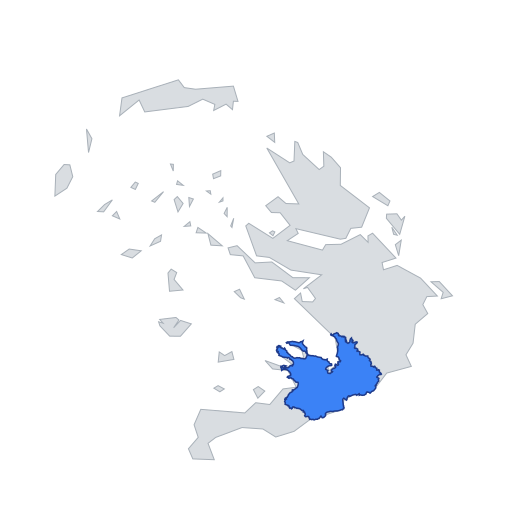 Kentrikis Makedonias, Kentriki Makedonia, Greece (highlighted), rotated 167°
{"feature_id": "26713481B13719921321351", "entity_name": "Kentrikis Makedonias", "entity_type": "district", "adm_level": 2, "iso_a3": "GRC", "parent_name": "Greece", "parent_adm1": "Kentriki Makedonia", "projection": "equal_earth", "projection_center": [23.125, 40.657], "detail": "fine", "context": "in_parent", "style": "filled", "palette": "blue", "viewbox_px": 512, "rotation_deg": 167, "n_neighbors": 0, "source": "geoboundaries", "source_scale": "gbopen_adm2", "svg_char_len": 9748}
<svg xmlns="http://www.w3.org/2000/svg" viewBox="0 0 512 512"><g transform="rotate(167 256 256)"><path d="M342.5,66.9L363.2,72.5L365.2,83.4L353.1,92.3L354.3,105.5L344.3,119.0L302.2,105.6L289.3,113.1L276.0,108.2L259.6,120.4L246.3,119.1L250.7,137.2L265.2,142.2L270.7,152.1L252.6,140.4L244.9,142.0L255.0,153.9L254.2,162.1L242.3,147.9L232.3,145.7L232.6,153.8L242.7,162.5L231.0,160.8L227.5,148.3L210.1,138.2L211.2,127.7L198.9,132.9L197.3,158.2L228.2,205.8L220.9,209.9L221.2,201.2L211.1,198.5L207.6,201.2L209.6,206.1L212.9,213.8L217.2,213.4L196.2,222.9L225.1,234.4L243.3,251.6L255.4,256.0L259.2,287.6L255.7,289.5L235.6,269.4L215.9,278.2L222.7,292.7L231.2,294.9L235.2,302.8L221.2,308.8L215.0,300.4L202.6,297.1L221.2,358.8L202.2,339.2L197.6,340.0L192.4,358.9L189.8,357.2L187.6,344.4L175.0,326.0L169.7,328.2L166.9,342.4L160.4,335.3L153.8,323.0L158.0,305.8L134.6,277.4L146.6,260.3L157.4,261.6L164.5,253.0L170.0,253.4L211.0,273.7L209.8,268.5L222.1,263.9L189.9,246.8L185.5,251.4L170.5,248.3L149.6,253.4L143.7,244.1L142.4,250.4L137.3,252.0L120.1,222.5L134.6,221.3L134.9,213.9L120.6,215.1L100.6,197.4L88.3,176.2L98.7,178.0L104.4,171.1L101.6,161.3L116.2,153.7L122.6,135.7L132.1,126.0L129.5,113.5L155.0,112.5L172.5,98.1L193.3,98.8L203.0,95.6L205.5,87.2L240.9,84.2L258.3,76.6L277.5,75.2L288.2,85.9L308.2,92.0L336.1,88.3L344.9,84.3L342.5,66.9ZM251.0,410.7L264.5,407.3L262.0,413.0L272.6,420.8L288.4,417.0L332.0,421.4L334.8,434.3L357.4,423.3L351.0,440.2L292.0,445.1L288.0,436.2L277.4,432.1L239.8,426.6L238.8,410.7L243.2,411.9L246.0,403.9L251.0,410.7ZM225.3,213.8L236.6,225.9L262.1,235.1L268.5,259.0L280.7,263.1L281.4,270.2L272.1,270.3L258.4,249.5L241.9,246.6L225.0,226.6L208.9,222.8L225.3,213.8ZM358.1,197.3L365.3,209.5L365.7,213.8L361.6,211.4L364.1,215.9L347.8,214.1L345.5,211.0L352.4,204.6L344.0,210.2L334.3,204.4L347.7,194.8L358.1,197.3ZM422.4,388.3L416.9,386.7L416.7,374.5L425.0,364.6L438.5,359.6L432.8,380.5L422.4,388.3ZM345.6,259.2L341.6,262.3L337.0,257.7L341.1,251.6L334.8,239.3L348.2,241.1L345.6,259.2ZM111.1,244.8L120.5,263.4L119.3,267.4L109.2,265.4L106.3,258.2L102.0,261.3L111.1,244.8ZM91.3,191.5L83.2,189.9L73.5,173.0L85.2,172.7L81.8,178.5L91.3,191.5ZM316.7,161.1L313.4,170.8L308.9,166.0L301.0,168.3L300.8,160.2L316.7,161.1ZM377.0,281.9L386.9,287.7L378.0,291.3L366.7,286.9L377.0,281.9ZM288.6,126.4L283.2,128.3L277.8,122.4L286.2,117.0L288.6,126.4ZM116.2,275.3L129.0,287.7L121.5,290.2L113.1,279.5L116.2,275.3ZM323.1,329.4L319.3,331.6L315.2,323.6L322.1,316.5L323.1,329.4ZM297.5,276.7L297.8,288.6L286.6,273.5L297.5,276.7ZM395.9,394.5L392.6,417.9L389.5,407.2L395.9,394.5ZM117.7,235.7L110.9,238.8L116.9,224.2L117.7,235.7ZM218.5,370.2L210.5,371.7L212.2,362.5L218.5,370.2ZM383.3,343.0L394.5,333.3L400.4,335.0L391.9,340.2L383.3,343.0ZM343.3,297.8L345.7,291.8L356.9,289.6L350.8,295.6L343.3,297.8ZM309.7,319.2L308.3,328.1L304.2,325.6L309.7,319.2ZM309.1,292.1L306.2,296.9L299.3,289.5L309.1,292.1ZM285.2,226.2L279.5,227.3L277.1,216.6L280.4,218.8L285.2,226.2ZM326.8,136.7L322.1,138.2L316.8,133.6L321.8,131.8L326.8,136.7ZM280.0,340.9L279.8,345.5L271.1,347.1L272.4,342.0L280.0,340.9ZM345.3,333.1L331.6,339.5L342.5,331.1L345.3,333.1ZM273.9,291.0L269.2,297.8L273.0,289.2L273.9,291.0ZM319.3,301.0L312.7,304.3L312.8,300.0L319.3,301.0ZM362.5,351.0L357.0,355.2L354.4,353.2L358.6,348.0L362.5,351.0ZM386.9,327.5L381.8,330.7L380.4,322.7L386.9,327.5ZM277.5,304.6L273.1,309.9L275.3,300.8L277.5,304.6ZM117.0,246.1L117.2,253.5L113.7,244.5L117.0,246.1ZM317.3,343.6L315.5,346.9L311.0,341.2L317.3,343.6ZM247.3,209.2L242.5,210.3L239.4,204.0L247.3,209.2ZM237.7,275.5L234.2,276.8L232.2,275.2L234.9,271.9L237.7,275.5ZM279.6,316.7L275.1,320.1L275.8,317.1L279.6,316.7ZM317.5,357.4L318.7,364.9L315.9,363.9L317.5,357.4ZM289.7,330.5L285.9,329.9L286.1,326.4L289.7,330.5Z" fill="#d9dde1" stroke="#a8b0b8" stroke-width="1"/><path d="M240.4,84.8L239.4,84.7L238.5,84.0L237.2,84.1L236.3,83.2L234.6,83.5L232.7,83.1L231.9,83.6L231.2,83.4L228.7,85.4L227.9,83.5L227.1,83.4L226.2,83.5L224.1,84.8L223.9,85.5L224.0,86.1L223.7,87.0L221.9,87.9L219.5,87.8L218.8,88.0L215.7,87.1L215.0,87.3L213.3,87.1L211.6,86.7L209.1,86.7L207.3,87.1L206.3,86.7L205.7,87.4L204.8,87.5L204.3,88.5L204.4,89.1L204.7,89.3L204.3,90.3L204.5,90.7L203.9,96.4L203.4,97.1L202.4,97.7L200.4,95.2L199.7,95.6L199.5,96.5L198.5,98.0L197.3,98.9L196.7,98.8L196.2,98.1L192.9,98.8L190.1,98.8L189.6,98.3L189.5,97.8L188.8,98.1L188.4,97.8L187.9,98.1L187.3,97.9L186.6,98.7L186.4,98.7L186.4,97.9L186.1,97.4L186.3,97.1L185.4,97.2L184.0,96.4L181.7,96.1L181.3,96.4L180.0,96.7L178.9,98.4L178.1,98.5L177.4,98.0L176.4,97.7L176.0,96.9L175.6,96.7L173.7,98.0L171.7,98.3L169.2,100.2L168.7,101.5L169.1,102.6L168.9,102.9L168.5,103.1L167.9,103.1L167.9,103.7L166.6,104.7L166.3,105.4L164.5,106.6L164.6,108.3L164.0,108.7L163.8,109.1L164.3,109.4L164.7,110.3L165.5,110.5L165.6,110.9L164.7,111.5L164.4,111.9L162.0,112.9L161.6,113.3L161.4,113.0L161.5,112.5L160.9,112.4L160.4,112.7L160.7,113.7L161.9,115.3L161.7,115.9L161.9,116.5L161.5,117.0L162.2,117.7L163.2,117.4L164.1,117.7L163.5,119.4L164.8,120.3L164.9,121.5L165.1,121.9L165.7,121.9L165.9,121.4L166.3,121.3L167.2,122.3L168.7,122.7L168.6,124.5L167.8,124.9L167.9,125.6L167.7,125.9L168.0,126.6L167.8,127.4L169.0,128.5L169.0,128.9L168.1,129.6L168.3,130.4L169.5,131.6L169.7,132.9L169.6,133.4L172.0,133.9L172.5,134.7L173.1,134.8L173.8,135.6L173.4,135.8L173.6,136.2L175.6,135.9L177.0,136.5L176.8,137.8L176.4,138.5L176.4,139.3L177.2,139.7L177.9,140.6L178.9,140.4L179.0,140.7L178.1,141.5L177.9,142.4L179.3,143.7L180.2,143.6L180.7,144.1L180.7,144.5L180.2,145.1L179.6,147.3L177.3,148.5L176.8,149.3L177.3,149.7L178.7,149.8L180.2,149.4L181.3,149.7L181.8,150.5L180.9,150.9L180.5,151.8L180.6,152.1L181.3,152.0L181.1,153.2L181.6,154.1L181.5,154.6L182.6,154.0L183.5,152.5L183.7,151.5L184.6,150.6L185.1,150.6L186.0,150.2L187.3,151.6L186.9,152.4L187.0,153.1L187.4,152.5L188.0,152.5L187.7,154.8L187.5,155.6L187.1,155.7L187.0,156.4L187.6,156.6L187.6,157.2L188.2,157.5L188.4,158.0L189.2,157.5L189.7,158.3L190.5,158.0L190.9,158.6L191.8,159.2L193.0,159.5L193.3,159.8L192.9,160.4L193.4,160.7L193.3,161.9L193.7,162.5L194.0,162.4L194.7,163.1L195.3,162.8L197.6,162.6L198.7,161.7L199.9,162.2L200.3,163.2L200.9,162.5L200.6,161.8L199.1,161.0L197.4,159.5L197.1,158.2L196.4,157.1L196.3,154.8L195.4,152.3L195.8,150.8L197.2,148.8L197.1,147.7L197.7,145.1L198.8,142.7L200.3,140.3L200.2,140.0L198.8,139.4L198.1,137.8L198.0,135.9L197.1,134.8L197.7,134.0L199.9,134.4L199.9,133.8L200.5,133.2L199.9,132.0L200.3,131.3L201.1,131.1L202.7,132.6L203.0,132.2L202.8,131.6L203.3,132.3L203.5,132.0L203.4,131.4L204.1,131.9L203.4,130.8L203.7,130.5L203.6,129.5L205.0,128.9L205.9,129.1L207.7,128.2L208.4,127.6L208.5,126.6L207.5,126.1L207.9,125.7L208.6,125.8L209.3,125.2L210.3,124.8L210.5,125.2L211.6,125.3L212.4,125.9L212.3,127.6L211.7,128.3L213.6,129.9L213.2,130.9L211.4,132.1L209.7,132.6L207.2,132.3L206.7,132.6L206.7,133.9L208.3,134.5L208.8,135.7L208.8,136.4L209.5,136.8L210.3,138.3L209.8,139.5L212.1,139.2L212.6,139.7L213.8,140.0L215.0,141.2L215.3,142.4L218.8,143.8L220.5,145.2L221.7,145.3L222.8,146.0L224.9,146.5L226.9,147.3L227.6,148.1L227.9,149.4L228.4,149.3L228.3,148.5L229.0,147.0L230.6,145.1L231.2,144.8L232.4,145.0L234.3,145.9L235.2,145.9L236.4,147.1L238.0,147.3L238.9,147.8L240.2,147.6L241.7,147.8L242.7,148.7L243.2,149.7L243.7,149.7L244.4,150.4L245.3,152.2L246.8,153.8L246.9,154.8L247.6,155.2L247.4,156.6L248.5,157.8L248.4,158.6L248.9,159.9L249.2,159.7L249.1,158.9L249.5,158.9L250.5,159.5L251.0,160.4L252.3,161.0L252.2,162.4L253.0,162.2L252.9,161.8L253.2,162.1L253.3,162.4L252.9,163.0L253.6,163.5L254.2,163.6L254.7,163.1L255.7,163.1L256.1,162.6L255.0,162.1L256.1,161.9L256.2,161.5L255.8,161.1L255.9,160.8L256.4,160.1L256.7,160.3L257.1,159.9L257.3,159.3L257.1,158.2L256.0,158.2L255.8,157.9L255.8,157.6L256.7,157.0L255.5,155.6L255.6,154.6L256.1,154.3L256.0,154.0L253.6,152.5L252.6,151.5L248.9,150.2L248.3,149.5L247.6,149.9L246.9,149.7L246.2,148.5L246.2,147.7L245.3,147.5L244.6,146.3L244.0,145.8L243.5,144.5L243.5,143.5L244.0,141.9L244.9,141.8L244.8,141.3L245.2,140.7L247.2,141.6L248.3,140.6L250.1,139.8L251.7,140.4L252.3,140.1L253.5,140.4L254.7,141.0L255.5,142.3L256.5,142.9L256.9,141.9L256.5,140.5L256.7,138.8L255.3,139.4L253.4,139.2L251.6,138.4L250.3,137.0L249.0,134.9L248.7,133.4L248.9,132.2L249.3,131.7L251.8,131.6L252.4,131.4L252.8,130.8L251.8,130.2L251.8,129.7L251.3,129.4L251.0,129.7L250.1,129.4L249.3,129.6L248.6,128.3L248.1,128.3L247.2,127.6L246.9,126.2L245.8,125.0L245.5,124.1L243.5,123.5L243.4,122.5L244.1,120.6L245.4,118.6L246.3,118.6L247.1,117.9L249.3,117.1L250.7,117.4L250.9,117.1L250.4,116.3L251.4,115.8L251.7,115.4L253.4,115.2L255.7,113.5L255.9,112.8L257.3,111.7L257.3,111.3L259.0,111.0L258.5,109.8L259.3,109.5L260.2,110.0L260.3,109.6L260.0,108.8L260.9,107.6L260.4,106.6L261.0,105.0L258.7,103.4L258.6,103.0L258.2,103.0L258.2,102.6L257.7,102.6L257.5,101.5L257.7,101.2L257.5,100.4L257.2,100.6L256.5,99.9L256.1,99.9L255.8,99.1L254.9,99.5L254.2,100.6L253.0,100.5L252.9,100.0L252.4,99.4L251.7,99.4L250.3,98.2L249.5,98.3L248.3,97.5L247.8,97.5L245.7,94.8L245.1,95.0L244.5,94.8L244.5,94.0L244.8,93.4L244.2,93.4L243.8,93.0L244.0,92.3L243.5,91.6L243.8,90.1L244.5,89.6L244.3,88.8L243.8,88.2L241.7,88.1L240.8,87.7L240.7,86.5L240.4,86.0L240.6,85.4L240.4,84.8ZM230.1,152.5L229.3,151.7L229.0,150.1L228.4,149.4L227.9,149.4L228.1,150.3L227.7,152.4L227.9,153.2L227.3,154.6L227.3,155.5L228.6,156.4L228.8,157.3L229.5,158.1L230.4,160.2L230.2,161.2L229.3,162.7L230.3,162.3L231.8,162.4L233.0,161.8L233.9,161.9L237.6,163.8L238.7,164.0L239.3,164.5L243.2,164.8L244.4,165.2L245.9,164.8L245.6,164.0L244.3,164.1L243.5,163.9L242.8,161.6L242.4,161.2L239.3,160.4L235.1,158.3L233.5,156.4L232.7,154.5L231.9,153.2L231.0,152.5L230.1,152.5ZM253.2,142.7L253.1,142.0L252.8,141.3L251.4,142.1L253.6,143.2L254.2,143.1L253.2,142.7Z" fill="#3b82f6" stroke="#1e3a8a" stroke-width="1.5"/></g></svg>